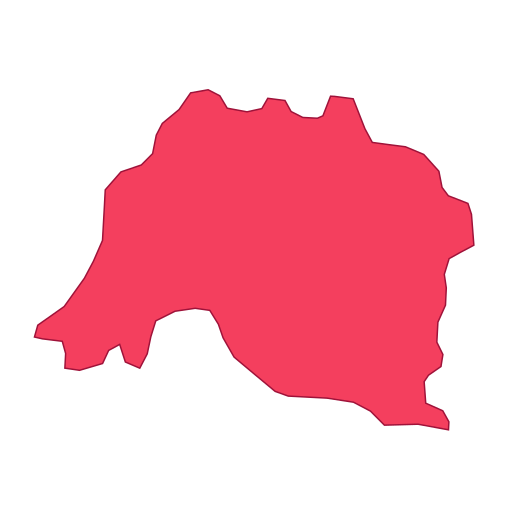 Boeun-gun, North Chungcheong, South Korea (orthographic projection), rotated 3°
{"feature_id": "91817680B36624004409046", "entity_name": "Boeun-gun", "entity_type": "district", "adm_level": 2, "iso_a3": "KOR", "parent_name": "South Korea", "parent_adm1": "North Chungcheong", "projection": "orthographic", "projection_center": [127.726, 36.48], "detail": "fine", "context": "isolated", "style": "filled", "palette": "rose", "viewbox_px": 512, "rotation_deg": 3, "n_neighbors": 0, "source": "geoboundaries", "source_scale": "gbopen_adm2", "svg_char_len": 1157}
<svg xmlns="http://www.w3.org/2000/svg" viewBox="0 0 512 512"><g transform="rotate(3 256 256)"><path d="M322.1,92.5L315.5,112.5L310.1,115.2L295.5,115.2L283.5,109.9L276.8,99.2L259.5,97.9L254.1,108.5L239.5,112.5L219.5,109.9L211.5,97.9L199.5,92.5L182.2,96.5L171.5,113.8L155.5,128.5L150.1,140.5L147.4,159.2L136.7,171.1L116.7,179.1L102.0,197.8L102.0,215.1L101.9,248.5L93.9,269.8L85.8,287.2L67.1,316.5L41.7,336.5L39.0,348.5L47.0,349.9L67.0,351.3L71.0,363.3L71.0,378.0L85.0,379.3L85.7,379.4L108.4,371.4L113.8,358.0L124.5,351.4L131.1,368.7L145.8,374.1L152.5,359.4L155.2,342.1L159.3,326.0L178.0,315.4L198.0,311.4L212.7,312.7L222.0,326.1L227.4,339.4L239.4,358.1L260.8,374.2L282.2,390.2L295.5,394.2L334.3,394.2L361.0,396.9L378.4,404.9L393.1,418.2L426.6,415.5L457.3,419.5L457.3,411.5L450.6,400.8L433.2,394.1L430.5,372.7L434.5,366.0L446.5,356.7L447.8,344.6L441.1,332.6L441.1,312.6L447.8,295.2L447.7,277.9L445.0,264.5L449.0,248.5L459.7,241.8L473.0,233.8L469.0,203.1L464.9,192.4L444.9,185.8L438.2,177.8L434.2,161.8L418.2,145.8L399.5,139.1L382.2,137.8L366.2,136.5L358.1,123.2L344.8,93.9L326.1,92.5L322.1,92.5Z" fill="#f43f5e" stroke="#9f1239" stroke-width="1.5"/></g></svg>